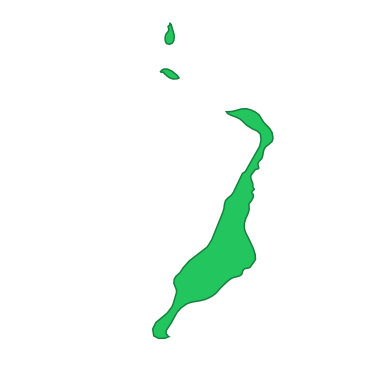 the border of Antique, rotated 22°
{"feature_id": "PHL-2526", "entity_name": "Antique", "entity_type": "Province", "adm_level": 1, "iso_a3": "PHL", "parent_name": "Philippines", "parent_adm1": "", "projection": "mercator", "projection_center": [121.948, 11.272], "detail": "fine", "context": "isolated", "style": "filled", "palette": "green", "viewbox_px": 384, "rotation_deg": 22, "n_neighbors": 0, "source": "natural_earth", "source_scale": "10m", "svg_char_len": 2133}
<svg xmlns="http://www.w3.org/2000/svg" viewBox="0 0 384 384"><g transform="rotate(22 192 192)"><path d="M224.8,334.8L221.8,337.6L216.0,340.2L210.4,339.7L206.9,333.8L207.4,326.5L214.3,313.6L216.4,306.1L216.4,302.1L215.3,291.1L214.2,288.5L209.4,283.5L208.2,279.6L208.6,276.4L211.1,271.2L212.1,265.8L215.3,256.8L226.8,237.1L228.2,229.0L228.2,199.0L227.8,195.3L226.7,191.3L226.3,187.3L227.7,183.8L229.6,180.5L230.5,176.8L231.8,156.1L232.2,155.2L233.0,154.3L233.8,153.1L237.6,124.3L236.6,118.0L233.6,112.6L229.4,111.0L224.1,110.8L217.6,109.6L211.8,107.2L208.9,106.3L205.2,106.0L198.7,106.2L195.7,105.9L193.8,104.7L199.2,102.2L206.7,96.5L211.3,94.4L215.7,93.8L220.6,94.1L225.2,95.3L232.2,100.4L240.7,104.3L244.2,107.2L247.0,111.8L247.3,115.0L245.9,118.1L243.5,122.3L242.8,125.3L243.2,128.3L243.9,131.4L244.2,134.3L243.8,136.0L243.1,137.5L242.5,139.2L242.6,141.3L243.1,142.2L244.7,144.3L245.0,144.9L244.6,145.8L242.8,146.9L242.3,147.6L240.6,153.7L240.5,155.2L241.7,157.6L245.3,161.6L246.6,164.5L247.3,165.3L248.2,165.6L248.7,166.1L248.3,167.5L247.8,168.4L247.5,169.0L247.5,169.5L247.8,170.3L248.2,170.7L249.1,171.1L250.0,171.7L250.5,172.8L250.7,174.1L250.4,177.5L250.1,179.1L249.5,180.5L249.3,181.8L250.1,183.6L251.7,187.1L252.0,191.5L251.8,196.0L252.1,200.3L253.3,204.2L254.9,207.2L257.2,209.8L260.5,212.6L269.8,221.2L274.1,226.4L276.2,230.9L274.0,240.2L273.0,241.2L270.1,243.0L269.1,244.0L268.6,245.8L269.0,249.1L268.5,250.8L267.1,252.4L262.9,255.4L261.1,257.1L258.7,260.8L254.9,269.1L252.0,277.1L249.9,280.6L247.3,283.8L244.6,286.6L240.5,289.6L232.2,294.7L228.7,298.1L225.1,303.9L223.2,309.3L221.7,321.7L220.1,329.4L220.7,332.7L224.1,334.7L224.8,334.8ZM116.6,53.0L117.7,55.7L118.4,58.7L117.9,61.4L115.8,63.5L112.8,63.9L110.6,62.0L109.3,59.2L108.7,56.4L108.9,55.1L109.9,51.5L109.4,49.6L108.4,48.5L107.8,47.4L108.7,45.6L108.3,44.2L108.4,43.8L109.9,44.5L116.6,53.0ZM128.3,87.5L134.6,89.4L137.3,91.1L135.8,92.6L132.0,94.4L128.1,94.5L125.1,93.7L123.3,92.9L122.4,92.8L121.6,92.4L120.8,91.6L120.0,91.8L118.6,92.6L117.7,92.2L118.2,90.6L119.9,88.5L122.9,87.3L124.6,87.2L128.3,87.5Z" fill="#22c55e" stroke="#15803d" stroke-width="1.5"/></g></svg>